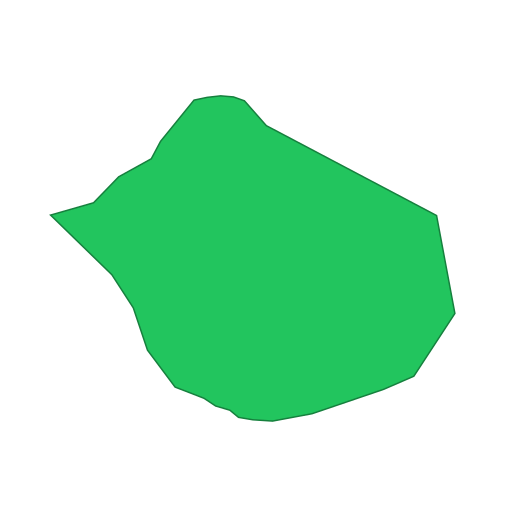 the Municipality of Cerklje na Gorenjskem, rotated 253°
{"feature_id": "SVN-942", "entity_name": "Cerklje na Gorenjskem", "entity_type": "Municipality", "adm_level": 1, "iso_a3": "SVN", "parent_name": "Slovenia", "parent_adm1": "", "projection": "equal_earth", "projection_center": [14.503, 46.257], "detail": "fine", "context": "isolated", "style": "filled", "palette": "green", "viewbox_px": 512, "rotation_deg": 253, "n_neighbors": 0, "source": "natural_earth", "source_scale": "10m", "svg_char_len": 490}
<svg xmlns="http://www.w3.org/2000/svg" viewBox="0 0 512 512"><g transform="rotate(253 256 256)"><path d="M154.3,140.3L197.7,124.7L242.3,123.5L280.2,112.7L355.2,71.5L354.4,116.2L371.9,147.9L379.6,184.3L393.6,198.3L423.2,242.3L422.0,255.6L419.5,269.0L414.7,281.0L407.8,290.3L377.6,304.0L241.9,440.5L142.9,429.4L94.9,371.8L91.2,339.3L88.8,263.5L93.3,223.6L100.3,205.1L106.8,192.1L116.2,185.9L124.3,173.6L135.2,164.6L154.3,140.3Z" fill="#22c55e" stroke="#15803d" stroke-width="1.5"/></g></svg>